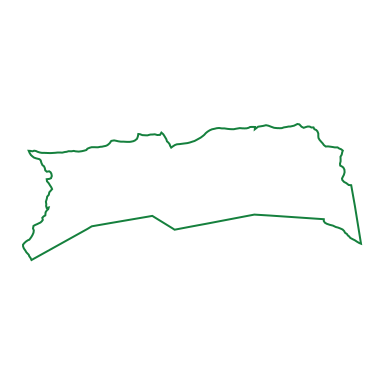 outline of Camocim, Ceará, Brazil
{"feature_id": "56859067B40104820379814", "entity_name": "Camocim", "entity_type": "district", "adm_level": 2, "iso_a3": "BRA", "parent_name": "Brazil", "parent_adm1": "Ceará", "projection": "mercator", "projection_center": [-40.84, -2.967], "detail": "fine", "context": "isolated", "style": "outline", "palette": "green", "viewbox_px": 384, "rotation_deg": 0, "n_neighbors": 0, "source": "geoboundaries", "source_scale": "gbopen_adm2", "svg_char_len": 3301}
<svg xmlns="http://www.w3.org/2000/svg" viewBox="0 0 384 384"><path d="M31.5,260.0L87.3,229.0L90.1,227.3L91.8,226.3L110.8,223.0L126.0,220.4L147.7,216.7L152.3,215.9L172.3,228.2L174.6,229.7L190.9,226.6L208.7,223.3L220.7,221.0L254.3,214.6L269.3,215.5L323.8,219.2L323.8,221.1L324.9,222.7L326.8,223.8L329.7,224.8L332.9,225.6L335.8,227.0L338.1,227.6L340.4,228.5L342.6,229.5L344.2,231.1L345.0,232.7L347.0,234.1L347.8,235.4L349.1,236.4L350.3,237.9L352.7,239.2L354.9,240.3L357.0,241.7L359.2,243.0L361.0,243.7L354.9,206.0L351.2,185.2L348.7,185.0L346.3,183.1L344.0,181.9L342.3,180.0L342.0,178.5L343.0,176.5L343.9,174.8L344.6,172.2L344.4,169.6L343.3,167.5L341.8,166.4L340.2,165.6L340.0,163.7L340.6,161.3L340.6,159.4L340.5,156.7L341.7,154.7L342.2,152.3L342.8,150.6L341.2,149.3L339.2,148.5L337.6,147.4L334.8,147.4L332.6,147.0L330.5,146.7L328.1,146.4L325.7,146.5L323.8,145.0L322.7,143.4L321.4,142.0L319.6,139.9L318.5,138.0L318.3,136.1L318.3,133.5L317.4,131.3L316.2,130.0L314.4,129.2L313.5,127.4L311.4,127.5L309.7,126.6L307.8,126.5L306.0,127.0L303.7,127.8L301.5,126.7L299.4,124.4L297.4,124.0L294.0,125.7L290.4,126.5L288.8,126.5L286.4,127.0L283.8,127.4L281.9,128.1L280.0,128.2L277.0,128.1L274.1,127.8L271.0,126.7L268.4,125.7L266.0,125.2L263.2,125.9L260.7,126.3L258.1,126.7L256.6,127.9L254.8,129.3L255.0,127.0L252.6,126.9L250.1,127.0L248.6,127.8L246.7,128.3L244.6,128.4L242.0,128.3L239.8,128.1L235.7,128.8L233.9,129.2L232.0,129.2L229.9,129.1L227.8,128.9L224.4,128.4L221.8,128.4L219.1,128.0L216.8,128.2L214.4,128.8L212.0,129.3L209.7,130.3L207.5,131.7L205.7,133.2L204.3,134.8L203.1,135.8L200.7,137.6L197.1,139.6L194.5,141.0L192.5,141.6L189.8,142.5L187.4,143.1L184.1,143.5L179.5,144.1L176.9,144.3L175.0,145.0L173.1,146.2L171.2,147.6L170.1,145.7L169.6,144.2L168.3,142.5L167.0,141.4L166.3,139.2L164.7,136.5L163.3,134.3L161.4,132.6L160.0,134.9L157.3,135.0L154.8,134.3L152.6,134.5L150.9,134.5L149.4,134.8L147.7,135.3L145.6,135.3L142.3,135.1L140.0,134.2L138.3,134.0L137.9,136.4L137.0,138.8L134.9,140.5L133.3,141.2L131.0,141.7L129.4,141.9L127.5,141.9L124.1,141.7L121.1,141.7L118.3,141.3L116.2,140.8L114.1,140.4L111.3,140.9L109.6,143.3L107.5,145.1L105.7,145.9L103.7,146.3L102.0,146.7L100.3,146.8L97.9,147.3L94.3,147.2L91.7,147.2L89.8,147.7L87.4,148.7L86.4,150.0L84.0,150.7L81.8,151.2L78.7,151.6L75.4,151.3L73.8,150.9L71.4,151.3L68.6,151.2L66.6,151.8L64.9,152.0L62.4,152.6L58.0,152.5L55.1,152.8L52.0,153.0L50.4,153.1L45.2,152.9L42.1,152.9L39.8,152.5L37.6,151.8L35.9,151.0L34.1,150.7L32.6,151.3L30.3,150.9L28.7,150.8L29.6,152.9L30.9,155.0L32.2,156.2L34.0,157.6L36.3,158.4L38.0,158.8L39.5,159.2L40.7,160.4L41.4,162.9L42.5,165.2L44.0,166.3L44.8,168.1L45.3,170.4L46.8,171.7L49.2,171.3L50.6,172.3L51.4,173.8L51.8,176.0L51.0,178.2L49.3,178.9L46.7,179.2L47.0,181.3L48.7,183.2L50.1,185.5L51.3,187.3L52.1,189.1L50.9,190.5L49.3,192.3L48.8,194.8L47.2,196.6L46.8,198.8L45.9,201.7L46.3,204.2L46.1,206.0L46.7,208.0L48.7,207.5L48.2,209.2L46.8,210.4L45.6,212.3L45.3,215.4L43.6,216.4L42.3,217.8L42.8,219.9L41.9,221.2L40.5,222.5L38.6,223.4L37.0,224.2L35.3,224.9L33.5,225.9L33.0,228.4L33.8,230.4L33.5,232.7L32.5,235.0L31.4,236.9L30.4,238.3L29.3,239.7L27.8,240.3L25.9,241.6L24.2,243.2L23.0,244.7L23.1,246.5L23.9,248.5L25.4,250.6L26.3,252.2L27.6,253.6L28.7,254.7L29.3,256.3L30.5,257.9L31.5,260.0Z" fill="none" stroke="#15803d" stroke-width="2"/></svg>